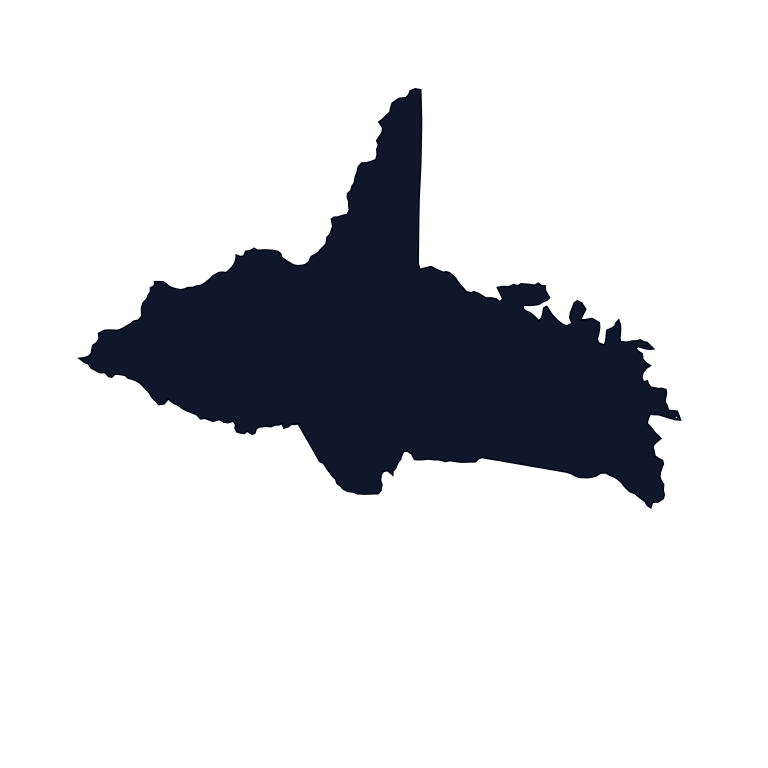 outline of Ipiranga, Paraná, Brazil, rotated 330°
{"feature_id": "56859067B27547702654677", "entity_name": "Ipiranga", "entity_type": "district", "adm_level": 2, "iso_a3": "BRA", "parent_name": "Brazil", "parent_adm1": "Paraná", "projection": "mercator", "projection_center": [-50.567, -25.008], "detail": "fine", "context": "isolated", "style": "filled", "palette": "ink", "viewbox_px": 768, "rotation_deg": 330, "n_neighbors": 0, "source": "geoboundaries", "source_scale": "gbopen_adm2", "svg_char_len": 4924}
<svg xmlns="http://www.w3.org/2000/svg" viewBox="0 0 768 768"><g transform="rotate(330 384 384)"><path d="M553.1,624.7L557.4,620.7L562.1,623.2L568.6,622.9L571.4,620.0L572.6,615.7L576.0,610.8L575.6,605.8L576.8,601.7L579.6,598.3L583.4,595.0L586.0,593.0L587.0,589.4L584.7,586.1L582.7,581.7L584.3,577.4L585.2,573.6L587.3,571.4L592.3,570.3L596.6,569.7L595.8,566.1L594.5,562.3L593.5,554.7L592.2,549.7L595.2,546.4L599.2,543.3L606.8,548.2L610.7,552.4L614.4,556.5L618.8,560.7L619.6,556.5L623.5,560.0L624.4,554.3L620.6,551.3L617.1,549.0L618.3,544.8L618.5,540.2L620.6,537.1L623.9,533.5L625.4,529.8L622.4,526.7L619.4,525.2L616.4,522.6L613.4,519.9L613.0,516.1L613.7,512.9L609.8,511.8L610.6,507.2L614.1,503.6L619.1,501.6L623.8,501.3L621.3,496.0L620.6,491.6L622.9,487.1L620.6,482.8L619.9,478.6L623.2,479.0L628.3,484.4L632.4,487.3L635.2,488.4L632.6,479.5L629.9,477.2L628.1,473.9L624.7,473.2L621.2,471.2L614.9,469.0L610.0,465.6L611.4,461.9L615.5,456.2L618.2,451.3L619.4,445.8L615.7,446.9L613.0,449.1L609.7,449.5L603.8,448.9L597.6,457.6L594.3,460.5L590.5,455.6L591.2,451.5L594.5,448.4L598.9,443.1L601.2,438.4L596.8,431.1L590.4,429.0L586.6,426.8L591.6,423.0L596.2,420.3L595.8,412.7L593.0,408.5L589.1,408.9L586.4,411.4L581.5,415.1L578.1,419.2L577.1,425.5L571.9,425.2L569.1,422.8L566.5,416.9L565.3,412.5L564.3,407.6L563.7,398.0L560.4,398.0L556.1,403.1L553.3,405.7L549.4,406.5L548.5,401.8L546.3,395.5L543.4,391.8L542.2,388.2L544.1,385.7L547.1,387.3L552.2,390.2L557.8,392.4L563.7,392.4L566.6,393.0L570.5,392.1L570.6,383.7L572.6,379.6L569.6,377.7L568.2,373.9L563.7,373.7L560.1,370.7L552.9,365.8L548.9,365.8L546.1,362.6L540.9,362.2L535.4,358.8L530.4,357.1L529.4,369.8L525.6,370.8L523.6,366.3L519.8,362.9L515.4,360.6L513.6,357.3L511.1,352.8L508.1,349.0L505.1,348.6L501.5,345.4L500.6,340.6L499.9,337.0L499.0,331.6L499.0,328.3L498.0,324.9L496.4,320.4L494.1,318.0L491.0,316.7L486.9,311.2L483.6,305.9L478.1,304.2L472.6,302.8L473.6,297.2L494.9,261.2L506.7,241.6L525.1,213.1L533.1,199.9L547.6,175.8L563.0,147.6L558.6,143.9L553.1,143.3L550.5,145.5L546.3,147.1L539.8,144.1L531.5,144.8L527.4,148.7L525.1,151.4L514.1,154.1L510.5,154.5L510.9,161.5L508.2,165.2L499.4,169.5L498.7,174.2L495.3,176.9L492.5,182.3L489.1,185.6L484.6,184.9L479.8,183.8L475.3,181.5L470.5,182.9L466.2,187.4L463.1,189.9L458.5,195.2L455.4,196.5L452.1,199.9L447.6,200.8L445.4,204.4L444.8,208.2L442.7,211.8L440.9,216.1L437.0,218.7L431.4,217.1L427.2,216.2L424.1,214.5L420.9,214.9L418.4,221.8L412.2,227.2L407.9,228.5L406.2,231.1L403.4,233.9L396.6,235.7L393.2,237.1L389.6,237.3L384.5,237.3L379.9,240.6L375.3,241.3L371.8,240.0L367.9,238.1L364.9,235.3L360.7,227.7L358.7,222.8L359.7,219.4L358.3,216.0L354.0,212.3L348.2,208.5L341.3,204.9L339.4,201.5L334.5,201.5L330.7,199.9L326.4,203.0L323.1,201.7L320.5,198.4L318.6,201.3L315.4,204.4L311.3,206.6L307.7,207.7L302.8,208.5L299.7,206.2L296.6,204.9L289.9,204.8L284.6,206.2L278.8,207.0L274.7,207.0L270.4,205.3L266.7,204.8L262.4,202.4L258.3,201.9L254.9,200.6L251.8,198.0L248.5,194.6L246.6,191.8L245.6,188.5L243.9,185.2L241.0,183.2L236.3,180.7L234.5,184.0L229.9,183.9L227.8,187.4L224.6,188.9L221.6,191.4L215.4,193.5L211.9,197.0L210.3,200.1L208.0,204.1L203.2,205.8L198.4,204.4L194.2,205.1L189.6,205.1L185.3,205.1L180.3,204.4L173.0,199.9L168.7,197.7L165.4,197.5L162.0,197.4L160.2,202.0L155.8,204.6L151.2,204.9L148.9,207.3L145.9,211.1L142.1,212.2L137.7,211.4L132.8,209.3L135.4,215.6L138.0,218.7L138.2,223.5L143.5,232.1L148.1,234.7L149.2,239.8L151.7,242.1L155.8,240.9L158.5,242.4L164.1,247.1L165.4,251.1L168.3,254.0L170.9,257.1L173.0,260.8L174.0,264.5L175.0,268.6L176.3,273.6L176.3,279.3L178.6,289.2L183.5,291.3L189.7,289.0L190.7,292.3L192.2,295.6L194.5,298.5L197.4,304.7L199.6,308.4L202.3,311.5L206.5,317.1L207.6,322.5L211.7,324.1L217.2,330.8L223.7,332.4L226.2,337.0L229.9,339.7L234.8,340.8L235.2,344.9L232.8,347.8L232.6,351.8L235.2,354.7L238.3,357.1L241.9,356.4L244.7,361.8L247.8,361.9L250.8,359.1L253.9,358.7L260.3,361.4L264.9,364.5L269.3,365.0L272.6,366.9L275.9,367.6L275.2,372.1L279.7,373.2L283.4,372.6L286.5,374.3L289.7,375.6L289.7,400.7L289.5,418.7L292.0,422.6L292.1,427.2L292.3,430.6L292.9,434.1L293.2,438.1L294.5,442.0L293.6,446.7L295.4,451.1L296.2,454.7L299.0,459.0L303.2,462.1L306.2,465.9L311.9,469.5L324.1,476.1L328.0,474.8L331.9,470.2L332.8,465.7L336.4,461.0L340.0,459.4L343.8,461.0L346.1,467.3L348.0,464.0L351.8,462.9L356.3,459.4L360.8,457.4L364.5,454.0L367.3,452.2L370.7,453.9L373.0,458.3L372.7,464.7L376.7,467.3L380.5,469.2L385.0,471.2L389.7,474.8L393.2,476.7L395.8,479.0L398.3,481.9L402.7,483.2L406.0,485.9L409.8,488.9L413.2,491.1L418.6,494.0L424.2,497.1L428.0,496.0L432.0,496.6L444.2,506.7L497.2,550.9L501.2,555.0L504.3,560.2L506.6,562.7L512.2,566.1L515.8,568.0L521.2,569.7L527.2,569.5L531.7,572.0L533.8,575.7L536.6,579.1L538.6,583.0L540.3,587.3L541.2,593.9L543.0,600.0L546.5,604.4L548.1,608.9L551.4,616.6L551.3,620.7L553.1,624.7ZM618.8,560.7L622.8,563.5L623.5,560.0L618.8,560.7Z" fill="#0f172a" stroke="#020617" stroke-width="1.5"/></g></svg>